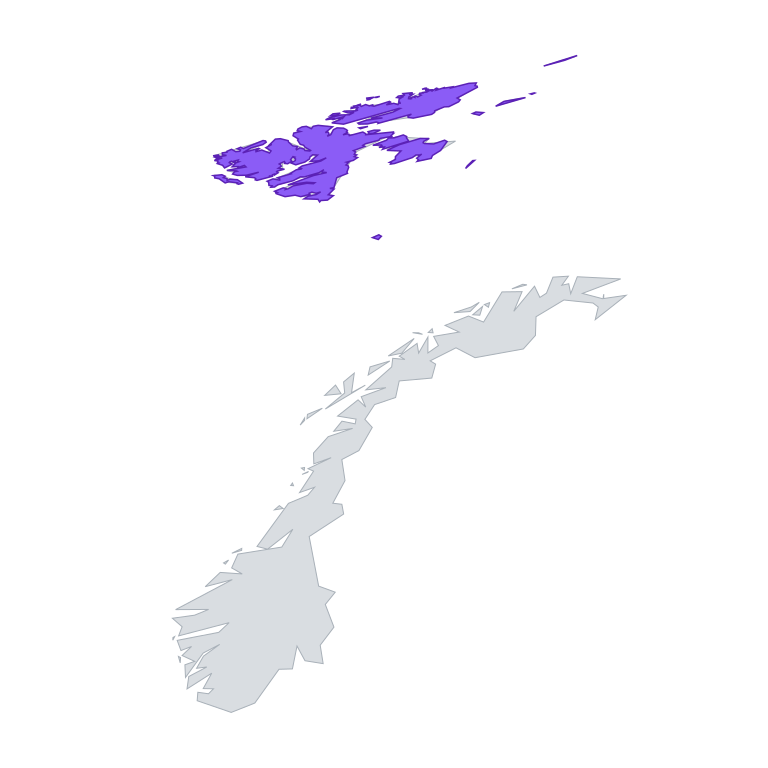 Svalbard on a map of Norway (Robinson projection), rotated 346°
{"feature_id": "NOR-901", "entity_name": "Svalbard", "entity_type": "Territory", "adm_level": 1, "iso_a3": "NOR", "parent_name": "Norway", "parent_adm1": "", "projection": "robinson", "projection_center": [18.37, 77.559], "detail": "fine", "context": "in_parent", "style": "filled", "palette": "violet", "viewbox_px": 768, "rotation_deg": 346, "n_neighbors": 0, "source": "natural_earth", "source_scale": "10m", "svg_char_len": 9872}
<svg xmlns="http://www.w3.org/2000/svg" viewBox="0 0 768 768"><g transform="rotate(346 384 384)"><path d="M462.6,366.3L434.4,372.7L438.9,377.2L431.8,389.8L399.5,384.7L392.0,399.9L369.9,401.7L356.9,413.7L362.1,423.3L343.6,442.5L324.8,447.1L322.8,468.3L305.5,487.3L314.0,490.5L313.4,500.4L274.5,513.9L271.7,564.3L286.3,574.2L273.7,583.7L276.6,607.8L258.9,622.0L257.3,640.6L240.4,633.4L236.2,617.2L226.2,638.3L213.1,635.4L181.5,662.3L156.3,665.7L126.1,646.1L128.8,638.1L138.8,642.1L144.8,638.5L134.9,635.8L146.9,622.9L119.1,632.2L123.8,620.6L143.6,615.7L133.4,614.5L143.0,604.4L161.6,596.9L143.5,601.3L120.4,620.7L122.9,608.3L133.2,607.3L122.4,598.6L133.8,592.1L122.5,593.5L121.3,582.7L163.6,585.0L176.0,578.1L123.8,578.7L129.4,570.7L122.0,560.1L144.3,562.5L159.3,560.3L127.2,552.5L189.5,537.1L161.5,537.4L179.5,527.2L200.5,534.0L191.7,525.6L201.1,513.7L245.4,517.5L260.4,502.9L231.1,516.1L221.5,510.9L262.4,476.7L283.1,473.5L291.6,467.4L275.8,468.9L294.6,451.5L289.8,447.8L314.9,442.7L296.6,444.5L298.9,433.9L317.1,421.6L342.8,419.5L323.8,417.7L334.2,409.9L346.4,415.7L348.4,411.3L331.2,403.9L355.0,393.1L360.7,402.0L358.8,390.8L385.0,388.0L364.9,385.3L395.6,369.3L398.7,361.2L410.2,365.2L405.5,360.7L425.9,352.6L425.1,362.4L438.0,349.0L434.1,364.5L446.1,359.9L443.7,349.8L469.5,351.8L457.4,341.9L482.4,338.5L495.6,348.0L520.8,323.2L540.3,327.8L527.5,344.9L553.7,325.5L556.2,337.7L563.6,335.2L573.8,321.2L589.0,324.0L580.4,331.2L587.5,331.4L587.0,341.6L597.5,326.7L639.1,339.3L598.4,344.1L616.7,354.1L640.4,356.5L604.5,372.7L610.5,361.1L606.4,356.0L578.9,346.0L547.8,355.5L542.7,373.5L527.7,383.7L478.7,380.5L462.6,366.3ZM365.9,115.1L392.0,120.4L389.1,129.5L401.2,124.7L405.9,132.3L451.5,143.8L414.0,151.8L371.8,191.6L325.9,171.1L376.0,162.4L327.8,165.2L321.2,159.6L380.6,151.0L368.4,149.0L374.1,145.5L339.0,144.2L337.8,151.0L312.5,154.9L283.6,139.2L301.0,139.1L294.5,131.6L281.3,135.2L273.9,121.3L323.7,119.0L327.4,121.2L304.5,125.5L327.4,130.5L342.4,121.1L366.9,138.6L358.8,122.4L365.9,115.1ZM423.0,107.5L465.2,115.1L476.5,107.5L481.5,108.4L478.6,112.6L499.4,109.6L546.1,118.0L493.7,133.8L429.9,127.2L422.4,125.0L440.6,121.5L406.6,121.2L398.9,117.5L408.8,115.3L393.4,113.4L416.8,113.9L414.0,110.1L423.4,111.9L423.0,107.5ZM455.3,147.0L486.9,156.9L481.4,160.4L512.2,165.6L477.0,176.2L470.5,175.3L474.6,170.1L444.6,172.1L456.6,161.9L432.1,149.6L455.3,147.0ZM350.4,384.6L365.6,380.6L321.0,394.1L343.7,383.2L345.3,372.2L357.8,366.2L350.4,384.6ZM374.6,364.0L395.2,363.1L370.8,371.5L374.6,364.0ZM394.9,357.8L424.3,347.1L408.7,358.4L394.9,357.8ZM270.0,140.2L290.4,150.5L295.0,155.0L278.6,149.9L270.0,140.2ZM336.7,373.3L340.0,383.1L323.7,380.7L336.7,373.3ZM496.2,327.8L485.0,334.5L469.1,331.7L487.3,330.4L496.2,327.8ZM498.4,332.6L493.6,340.4L486.8,338.3L498.4,332.6ZM302.4,394.9L318.3,392.6L300.8,399.1L302.4,394.9ZM649.7,112.4L616.0,114.0L650.8,112.1L649.7,112.4ZM570.4,138.8L590.4,140.2L560.3,141.3L570.4,138.8ZM531.1,322.6L542.8,320.8L546.7,322.4L531.1,322.6ZM506.1,330.6L503.9,334.8L500.6,331.2L506.1,330.6ZM444.1,342.0L444.0,346.2L439.4,344.7L444.1,342.0ZM415.4,238.2L413.9,242.2L408.5,239.0L415.4,238.2ZM545.9,144.8L536.6,144.2L535.6,142.8L545.9,144.8ZM253.0,476.7L256.0,480.4L247.2,479.6L253.0,476.7ZM424.1,341.1L430.0,342.7L433.4,345.1L424.1,341.1ZM399.5,109.6L403.3,111.6L397.4,110.8L399.5,109.6ZM205.6,511.0L195.4,511.4L206.2,509.1L205.6,511.0ZM190.6,517.2L186.5,520.4L185.0,518.8L190.6,517.2ZM298.2,400.1L292.7,403.6L298.8,397.7L298.2,400.1ZM120.4,600.2L118.8,605.3L118.6,598.6L120.4,600.2ZM285.7,448.5L283.5,445.6L286.7,445.8L285.7,448.5ZM619.0,350.0L618.0,353.6L617.6,352.9L619.0,350.0ZM288.4,451.3L282.6,451.9L289.6,450.6L288.4,451.3ZM271.2,457.9L271.6,460.8L268.9,459.9L271.2,457.9ZM119.8,578.4L117.1,581.5L117.9,578.9L119.8,578.4Z" fill="#d9dde1" stroke="#a8b0b8" stroke-width="1"/><path d="M437.9,146.2L424.2,146.4L421.2,147.3L422.9,148.8L410.8,150.2L412.5,151.8L410.7,154.0L412.9,155.1L410.1,156.2L413.1,157.9L408.3,159.6L401.4,159.7L403.0,160.6L400.1,162.3L401.9,163.4L402.2,165.2L399.3,169.4L399.6,170.8L388.0,172.4L383.0,181.3L378.8,181.1L382.7,182.8L375.7,186.9L380.4,189.0L373.7,191.9L367.1,190.7L365.6,191.8L364.6,188.8L351.2,185.0L355.9,183.4L364.0,183.8L369.0,182.3L364.3,182.5L360.4,180.4L357.5,180.8L357.9,182.0L348.6,182.1L343.4,179.3L333.3,178.3L325.4,173.2L325.2,172.3L326.8,172.3L324.5,170.5L333.6,169.3L336.2,170.5L335.3,171.4L338.1,171.4L343.9,169.8L357.7,170.6L364.0,172.6L365.5,172.0L357.6,169.5L338.8,167.6L366.1,164.7L379.6,165.0L373.9,162.9L377.6,161.5L372.1,163.2L356.8,163.8L352.9,162.8L344.9,164.8L329.3,165.0L325.5,166.4L321.8,165.7L323.3,164.6L320.4,163.5L320.9,160.3L319.6,159.0L325.9,158.1L332.1,161.0L332.5,159.7L330.6,158.1L344.2,157.6L343.6,157.2L350.8,154.9L355.5,155.4L356.1,155.0L353.8,153.8L357.3,152.6L376.6,152.4L382.7,150.6L375.1,151.7L366.4,150.2L374.9,145.8L370.3,144.3L367.1,145.8L366.2,147.6L360.9,149.5L351.4,150.0L347.3,147.1L352.0,145.7L352.6,144.1L351.4,142.7L352.4,142.3L350.7,141.3L347.6,143.8L348.5,145.5L343.8,147.0L340.8,145.9L341.6,145.0L341.1,144.0L334.9,145.2L336.4,145.6L337.1,147.9L333.6,149.1L339.4,151.5L331.8,151.6L331.1,152.1L332.4,153.4L328.1,154.8L328.5,153.8L326.3,154.0L325.9,155.2L322.6,154.3L324.4,155.5L310.0,155.7L308.4,154.7L309.2,153.7L308.2,152.5L299.5,149.4L313.7,148.2L300.8,148.1L292.1,146.1L287.9,143.7L290.3,141.9L293.0,142.0L292.4,141.5L283.1,138.7L302.6,140.0L301.4,138.1L295.4,138.6L293.9,138.4L296.1,138.0L289.2,136.5L293.9,133.6L297.0,133.3L295.7,132.7L296.8,131.4L292.1,131.5L293.4,132.7L292.3,133.1L289.8,130.9L288.1,131.2L287.4,131.8L290.0,133.9L281.6,135.8L280.4,132.8L275.7,129.9L277.0,129.5L276.0,129.0L276.9,127.6L273.4,126.1L281.8,125.6L276.4,124.9L279.2,123.7L286.5,124.1L282.6,122.4L283.0,120.6L287.8,121.1L287.9,120.2L292.9,119.4L296.3,122.7L300.4,123.3L301.4,122.2L298.4,120.2L302.2,119.6L304.5,121.5L325.5,118.5L327.9,119.5L328.2,120.9L324.3,122.4L312.3,122.7L302.8,125.5L319.4,125.0L320.0,125.5L316.2,126.5L316.0,127.6L322.0,127.4L328.8,132.2L330.8,130.5L326.5,126.1L333.1,124.4L330.9,124.1L337.8,120.1L342.8,120.9L349.9,124.7L349.9,126.2L353.0,130.8L357.6,132.7L355.6,134.7L355.9,135.6L359.3,134.5L363.2,136.6L363.7,138.3L368.4,140.0L369.3,139.6L364.5,135.0L363.8,132.9L360.7,131.2L359.1,126.4L360.2,125.6L355.8,121.1L357.1,118.7L364.0,118.8L361.1,117.1L362.2,115.7L366.7,114.7L371.0,115.2L375.3,118.7L377.7,116.8L382.7,117.1L396.3,122.0L387.9,125.9L390.5,125.9L391.1,127.1L390.9,128.6L388.9,129.9L392.7,129.2L396.4,125.0L400.4,124.1L406.7,126.0L409.3,128.3L409.8,129.4L408.6,130.2L409.3,131.1L404.5,132.3L408.7,132.4L410.4,133.2L410.4,134.6L424.4,134.4L426.9,136.8L426.5,137.7L454.0,141.7L453.4,142.6L454.2,143.0L451.0,144.7L451.4,145.6L439.8,144.8L437.9,146.2ZM546.4,114.2L544.4,116.5L546.5,117.6L546.4,118.7L524.1,124.2L526.7,126.7L524.6,128.3L514.0,130.6L509.6,129.7L499.2,131.2L498.8,132.7L495.5,133.9L476.7,133.1L471.9,131.2L472.0,130.0L475.9,128.8L441.4,129.7L442.0,129.1L439.9,127.9L431.1,127.7L422.6,125.8L421.7,124.5L431.2,123.8L446.9,125.5L435.6,122.9L458.3,122.4L466.4,120.6L465.4,120.2L407.6,122.1L396.5,118.0L405.0,116.9L405.9,116.4L403.9,116.4L405.7,115.8L407.7,116.5L410.0,114.9L398.6,115.1L397.2,114.5L400.7,114.5L391.2,113.5L395.3,112.5L407.3,112.6L406.2,112.3L415.6,114.4L420.7,113.2L414.8,112.4L410.8,109.8L411.6,109.6L422.1,112.1L425.1,112.0L422.8,111.5L425.1,109.8L423.7,109.7L426.0,109.1L418.7,108.7L419.2,107.6L422.1,108.1L421.8,107.0L428.0,107.6L429.1,109.2L433.8,108.4L437.1,110.6L441.2,110.4L439.7,111.2L441.5,112.1L457.7,111.1L458.6,112.1L453.8,113.7L461.4,114.0L465.1,116.3L466.4,115.1L468.3,115.7L466.1,114.7L468.0,114.7L466.5,114.0L467.6,111.3L469.6,110.6L465.6,109.1L467.5,108.1L471.2,108.4L470.1,109.6L472.4,110.1L471.5,109.6L473.7,108.6L472.7,106.8L482.3,108.3L478.4,109.0L482.3,109.9L477.5,111.5L476.8,113.1L478.8,113.8L480.5,113.7L478.1,112.9L481.7,112.5L483.3,113.4L483.2,112.3L484.4,112.2L486.1,113.6L489.9,112.7L488.3,111.3L489.0,110.5L493.2,111.1L491.2,110.4L496.0,111.1L499.4,110.2L495.3,109.7L497.0,109.3L502.7,110.3L500.6,110.7L501.5,111.4L506.4,109.6L507.4,110.2L505.8,111.5L515.1,110.9L513.0,111.4L522.2,112.2L521.0,112.9L539.1,112.8L546.4,114.2ZM503.9,164.0L495.4,171.1L486.3,174.0L484.4,176.5L470.1,176.0L471.8,174.9L470.3,172.8L476.2,170.0L472.9,171.0L473.3,170.2L470.5,169.5L466.2,171.2L447.5,172.6L443.6,172.2L444.6,171.2L442.9,170.3L449.4,168.8L450.1,166.1L456.8,162.0L443.3,158.0L457.1,155.5L478.5,154.5L487.2,156.7L481.1,158.2L480.3,159.4L481.5,160.5L490.3,163.1L501.8,162.1L503.9,164.0ZM466.8,154.3L439.4,155.9L441.7,154.1L436.3,153.2L439.7,152.5L439.5,151.5L430.9,149.7L445.4,148.1L448.0,146.4L453.5,147.6L463.0,147.0L465.9,149.4L465.3,150.5L466.8,154.3ZM295.4,154.9L291.2,155.0L289.9,154.1L290.6,153.4L282.3,150.2L278.5,150.5L273.7,145.0L269.6,143.1L270.0,141.5L268.8,140.5L277.3,141.7L280.2,144.0L278.0,144.9L281.4,146.7L281.0,148.5L284.2,148.1L291.2,150.3L295.4,154.9ZM615.9,114.1L650.9,112.0L638.0,113.6L615.9,114.1ZM568.8,138.8L590.6,140.3L559.5,141.5L568.8,138.8ZM429.6,135.3L435.8,135.3L441.9,136.8L434.0,138.2L428.8,137.1L430.3,136.7L429.6,135.3ZM415.0,238.0L417.2,240.0L413.4,242.4L408.3,239.2L415.0,238.0ZM546.1,144.7L541.5,146.3L535.4,143.0L539.0,142.3L546.1,144.7ZM402.8,111.7L396.7,110.8L399.9,109.5L407.1,110.6L402.8,111.7ZM421.7,129.4L430.8,130.2L422.9,130.6L421.7,129.4ZM524.1,188.7L525.9,189.0L515.3,194.6L517.7,192.4L524.1,188.7ZM274.3,122.1L280.2,123.3L276.0,123.7L274.7,122.9L276.5,122.7L274.3,122.1ZM440.7,103.9L435.7,102.3L443.6,103.3L440.7,103.9ZM446.4,104.2L443.9,103.6L449.5,103.9L446.4,104.2ZM278.8,121.9L273.3,121.2L279.3,121.7L278.8,121.9ZM495.5,108.0L496.6,107.9L499.0,109.0L495.5,109.1L495.5,108.0ZM427.2,107.3L425.0,107.0L429.5,106.8L427.2,107.3ZM497.4,107.3L496.2,107.6L492.2,107.2L495.4,106.9L497.4,107.3ZM596.3,137.9L600.3,137.9L600.8,138.2L597.5,138.7L596.3,137.9ZM440.2,104.2L438.2,104.5L435.4,104.2L440.2,104.2Z" fill="#8b5cf6" stroke="#5b21b6" stroke-width="1.5"/></g></svg>